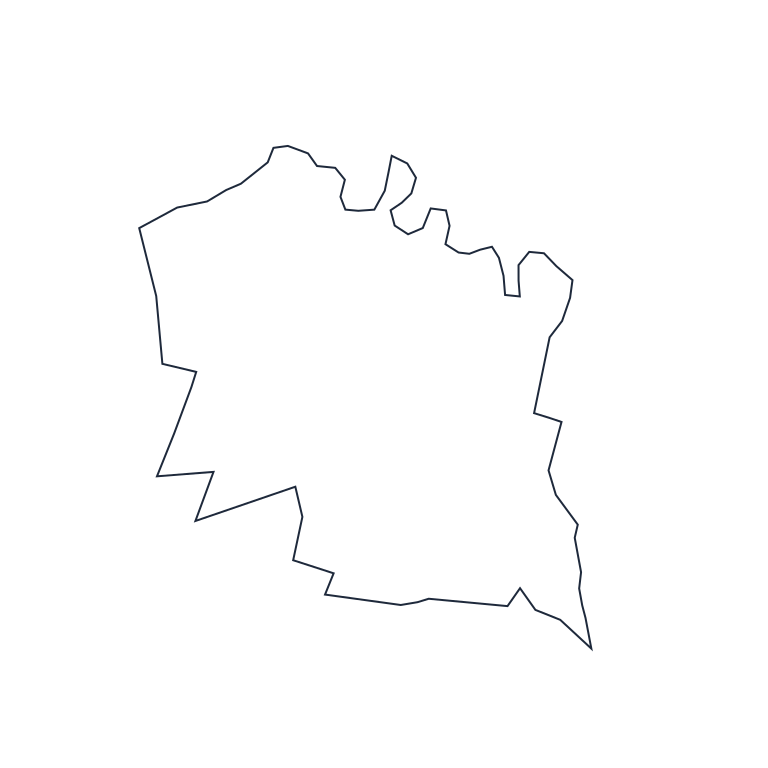 the district of Nova Boa Vista, Rio Grande do Sul, Brazil, rotated 199°
{"feature_id": "56859067B80899080982084", "entity_name": "Nova Boa Vista", "entity_type": "district", "adm_level": 2, "iso_a3": "BRA", "parent_name": "Brazil", "parent_adm1": "Rio Grande do Sul", "projection": "orthographic", "projection_center": [-52.985, -27.999], "detail": "fine", "context": "isolated", "style": "outline", "palette": "slate", "viewbox_px": 768, "rotation_deg": 199, "n_neighbors": 0, "source": "geoboundaries", "source_scale": "gbopen_adm2", "svg_char_len": 1138}
<svg xmlns="http://www.w3.org/2000/svg" viewBox="0 0 768 768"><g transform="rotate(199 384 384)"><path d="M530.9,577.3L552.4,577.8L565.4,571.3L566.1,555.7L584.5,526.8L596.3,516.1L610.7,499.0L637.0,483.5L666.2,451.7L628.0,393.0L600.1,330.9L565.5,334.3L565.1,318.3L566.3,268.9L568.6,222.8L516.6,245.4L517.7,193.1L434.4,258.0L417.9,231.8L412.5,187.8L370.0,188.6L371.2,165.7L296.2,180.5L281.3,188.6L271.8,195.5L194.9,214.2L188.9,235.2L167.3,219.7L140.6,218.4L101.8,201.3L117.3,228.4L124.5,239.2L132.9,254.2L136.4,270.2L153.6,300.7L155.0,314.1L185.4,335.1L200.3,355.9L203.8,405.9L216.3,405.8L232.6,405.3L242.6,482.1L236.1,501.6L236.1,526.0L239.6,543.6L259.3,551.5L275.3,559.7L289.7,556.2L295.5,540.2L290.4,525.5L284.1,511.0L298.5,507.6L306.2,525.2L316.4,540.7L326.6,548.9L336.8,542.3L345.7,534.9L356.3,532.6L371.4,536.2L373.5,554.9L381.9,568.3L397.0,565.2L398.1,544.1L410.0,533.4L425.5,537.3L434.3,550.4L426.2,561.2L420.2,573.1L420.9,589.4L433.8,600.1L451.0,602.3L448.7,585.9L446.2,567.0L449.9,545.7L464.7,539.4L477.3,536.3L486.1,546.8L487.5,564.4L500.5,572.5L518.3,568.3L530.9,577.3Z" fill="none" stroke="#1e293b" stroke-width="2"/></g></svg>